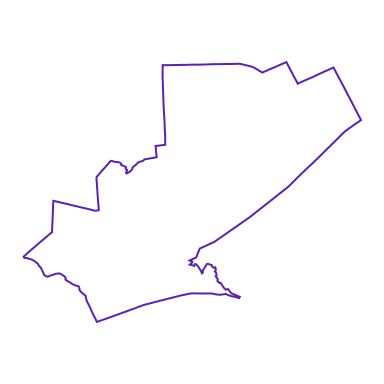 outline of Beuca, Teleorman, Romania
{"feature_id": "2599482B48947816929504", "entity_name": "Beuca", "entity_type": "district", "adm_level": 2, "iso_a3": "ROU", "parent_name": "Romania", "parent_adm1": "Teleorman", "projection": "robinson", "projection_center": [24.967, 44.261], "detail": "fine", "context": "isolated", "style": "outline", "palette": "violet", "viewbox_px": 384, "rotation_deg": 0, "n_neighbors": 0, "source": "geoboundaries", "source_scale": "gbopen_adm2", "svg_char_len": 5813}
<svg xmlns="http://www.w3.org/2000/svg" viewBox="0 0 384 384"><path d="M96.9,321.9L105.5,318.9L114.0,315.9L144.3,304.8L148.4,303.8L158.2,301.2L181.7,295.3L191.1,293.4L212.3,293.5L215.5,294.3L216.4,294.4L219.7,294.8L226.0,294.0L227.7,294.9L230.4,295.9L235.5,297.0L239.1,298.1L239.8,296.9L231.2,293.2L228.0,289.0L225.8,289.7L223.7,287.6L220.5,282.7L219.5,283.0L217.4,281.0L217.9,279.5L215.7,276.1L216.6,275.6L216.0,272.5L214.8,271.4L215.9,269.7L215.3,267.4L214.3,267.9L212.4,266.9L211.6,265.1L208.0,263.9L206.9,264.0L202.9,270.4L202.8,272.6L202.0,273.3L200.6,270.3L198.1,266.4L196.2,264.3L194.7,264.2L194.2,265.9L189.8,264.6L191.8,263.0L192.4,261.8L189.6,260.5L196.2,257.5L199.7,248.6L214.3,241.9L226.8,233.2L249.4,217.4L254.0,213.8L271.8,199.8L275.6,196.8L277.1,195.6L280.0,193.3L281.6,192.0L283.6,190.5L285.2,189.2L287.1,187.7L288.5,186.5L289.2,185.8L291.4,183.7L293.4,181.7L294.8,180.3L296.7,178.3L298.7,176.4L301.2,174.0L305.2,170.1L307.2,168.2L309.5,166.1L311.2,164.5L312.6,163.2L315.2,160.7L318.9,157.1L320.3,155.8L321.9,154.2L325.5,150.5L325.7,150.4L326.0,150.1L327.5,148.6L328.2,147.8L329.2,147.0L330.4,145.9L331.5,144.7L332.6,143.6L333.3,143.0L334.6,141.6L335.2,141.0L336.2,140.0L337.7,138.6L338.3,137.9L338.7,137.5L339.7,136.6L340.1,136.2L341.6,134.6L342.4,133.8L343.3,132.9L344.1,132.2L344.7,131.7L345.7,130.8L346.4,130.3L347.3,129.7L348.9,128.5L350.3,127.6L351.3,126.8L352.3,126.2L352.9,125.6L354.3,124.6L355.4,123.9L357.3,122.6L358.6,121.8L360.1,120.7L361.0,120.1L358.3,114.9L356.1,110.6L354.4,107.3L352.5,103.6L350.7,100.2L348.3,95.6L345.5,90.2L340.6,80.8L338.8,77.6L335.6,71.5L333.5,67.5L331.2,68.5L330.1,69.0L329.1,69.5L327.8,70.1L326.9,70.5L325.5,71.1L323.3,72.1L321.6,72.9L319.7,73.7L317.8,74.6L316.2,75.3L314.5,76.2L313.7,76.6L311.7,77.5L310.4,78.0L309.0,78.7L307.6,79.3L306.1,79.9L305.3,80.2L302.8,81.4L302.2,81.6L301.5,81.9L300.2,82.5L299.1,83.0L297.8,83.7L297.1,82.5L296.7,81.5L296.0,80.2L295.3,79.1L294.3,77.3L293.5,75.8L292.8,74.3L292.2,73.0L290.9,70.9L290.4,69.9L289.5,68.1L288.4,65.9L288.1,65.4L286.4,62.1L281.1,64.4L275.5,66.9L270.1,69.1L268.1,70.0L264.0,71.8L263.3,72.1L262.7,72.4L262.4,72.6L260.7,71.6L254.4,67.8L252.0,66.7L243.4,64.6L241.5,64.1L238.0,63.7L236.9,63.8L235.3,63.9L231.8,64.0L231.1,64.0L230.3,64.0L229.3,64.0L227.0,64.0L225.2,64.0L222.6,64.1L220.3,64.1L217.0,64.1L213.5,64.2L210.6,64.3L206.9,64.4L203.8,64.5L200.1,64.6L197.0,64.7L194.6,64.7L191.1,64.7L188.0,64.8L185.2,64.9L181.6,64.9L179.2,65.0L175.3,65.0L172.1,65.1L170.0,65.1L167.6,65.1L164.9,65.2L162.7,65.1L162.6,77.1L162.8,82.7L163.5,103.7L164.5,121.6L164.9,131.5L165.2,137.2L165.2,144.8L155.6,146.0L156.1,151.6L156.4,154.4L156.7,157.2L149.0,158.6L144.4,159.4L143.6,160.3L143.1,160.8L142.8,160.9L142.0,161.2L141.2,161.4L140.0,161.7L139.0,162.0L138.3,162.4L137.5,163.1L136.2,164.4L135.5,165.1L134.8,165.7L134.0,166.2L133.2,166.8L132.8,167.2L132.5,167.8L132.4,168.2L132.3,168.9L132.2,169.3L131.7,169.9L131.0,170.6L130.5,171.2L129.8,171.7L128.9,172.2L127.9,172.7L126.9,173.4L126.5,173.3L126.3,173.2L126.2,173.0L126.1,172.7L126.1,172.3L126.3,172.0L126.5,171.6L126.5,171.1L126.6,170.9L126.8,170.6L127.2,170.3L127.2,170.0L126.4,169.3L125.7,168.6L125.9,168.1L126.0,167.7L126.0,167.4L125.9,167.1L125.7,167.0L125.1,166.6L123.7,166.0L121.9,165.3L121.1,164.9L121.2,164.7L121.2,164.2L121.1,163.8L121.0,163.5L120.6,163.2L120.0,162.8L119.5,162.5L118.8,162.3L118.0,162.1L117.3,162.1L116.5,162.0L115.2,161.9L114.4,161.7L113.6,161.5L112.3,161.1L111.7,160.9L111.4,160.9L111.2,160.9L110.9,161.0L110.5,161.3L109.9,161.6L109.7,162.0L109.4,162.4L107.6,164.5L104.2,168.3L102.9,169.7L100.5,172.5L98.7,174.6L97.3,176.2L97.1,176.5L96.5,177.3L96.5,178.9L96.6,180.5L96.8,182.9L97.0,186.1L97.2,188.8L97.5,193.1L97.7,196.0L98.2,202.6L98.8,209.5L98.6,210.3L96.9,210.5L95.6,210.7L94.8,210.7L92.0,210.0L89.9,209.4L84.2,208.1L80.8,207.3L75.0,205.9L72.6,205.4L70.2,204.8L67.9,204.2L64.4,203.4L62.1,202.9L57.7,201.8L55.6,201.3L53.4,200.8L53.3,201.9L53.1,204.6L52.9,211.4L52.8,214.0L52.6,219.1L52.4,223.3L52.2,226.8L52.1,230.2L52.0,232.3L49.9,233.9L48.4,235.1L45.7,237.5L42.2,240.5L41.3,241.1L40.3,242.1L39.2,242.9L37.5,244.4L36.0,245.8L35.4,246.3L34.8,246.8L34.1,247.4L33.4,248.0L31.5,249.6L30.9,250.1L29.9,251.0L29.2,251.6L28.7,252.0L27.4,253.2L27.1,253.5L26.4,254.1L25.5,255.0L25.1,255.4L24.4,256.0L23.7,256.6L23.5,256.8L23.0,257.0L23.3,257.0L23.6,257.3L24.0,257.6L24.4,257.7L24.9,257.9L25.4,258.0L25.8,258.0L26.4,258.1L27.4,258.2L27.8,258.3L28.1,258.4L28.3,258.6L28.6,258.7L29.1,258.9L30.0,259.1L31.0,259.3L31.6,259.5L32.3,259.9L33.1,260.3L33.8,260.7L34.5,261.1L35.2,261.6L35.9,262.2L36.9,263.1L37.2,263.2L37.5,263.5L37.8,263.7L38.1,264.2L38.5,265.1L38.9,265.6L39.3,266.2L39.7,266.5L40.2,267.0L40.6,267.5L41.2,268.5L41.9,269.9L42.6,271.4L43.1,272.3L43.6,273.6L44.1,274.7L44.3,275.1L44.6,275.4L44.8,275.6L45.0,275.7L45.5,275.8L45.8,275.9L46.0,276.0L46.6,276.5L46.9,276.6L47.2,276.6L47.7,276.6L48.6,276.4L49.0,276.2L49.6,275.9L50.0,275.7L50.6,275.5L51.6,275.2L53.1,274.8L53.5,274.7L54.2,274.3L54.7,274.2L55.8,273.8L56.1,273.7L56.7,273.7L57.3,273.7L58.1,273.5L58.7,273.4L59.0,273.4L59.5,273.5L60.3,273.8L61.0,274.1L61.7,274.6L62.3,275.0L63.0,275.4L63.7,275.8L64.3,276.3L64.8,276.7L65.1,277.1L65.5,277.7L65.7,278.4L65.8,278.7L65.7,279.0L65.4,279.3L65.7,279.8L66.2,280.3L66.7,280.6L67.3,280.9L68.1,281.4L68.7,281.7L69.8,282.3L70.8,283.0L71.4,283.5L72.3,283.9L73.3,284.5L74.2,284.9L75.4,285.4L76.2,285.7L77.2,285.8L78.0,286.0L78.4,286.2L78.6,286.4L78.9,286.7L79.1,287.4L79.4,288.3L79.4,289.2L79.4,289.6L79.6,290.0L80.1,290.8L80.4,291.3L81.4,292.2L82.2,293.0L83.2,293.9L84.1,294.6L85.3,295.4L85.4,295.5L85.6,295.8L85.7,296.2L85.8,296.8L86.0,298.2L86.3,299.1L86.4,299.8L86.7,300.6L87.1,301.6L87.9,303.2L89.4,306.1L90.8,309.2L91.5,310.9L93.0,314.0L93.6,315.3L94.3,316.7L94.9,317.7L95.4,318.7L96.9,321.9Z" fill="none" stroke="#5b21b6" stroke-width="2"/></svg>